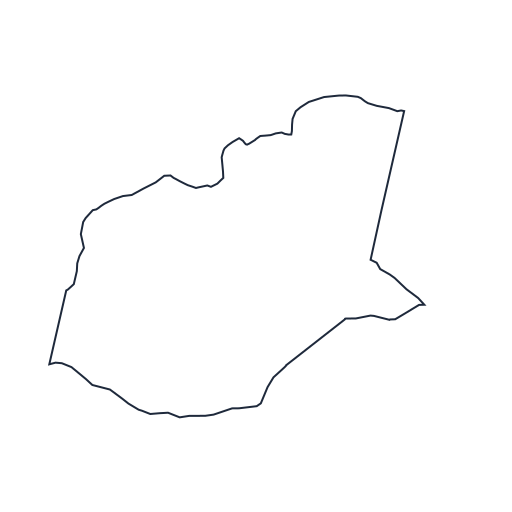 outline of Perou, Anse-la-Raye, Saint Lucia, rotated 197°
{"feature_id": "8701671B34343071784823", "entity_name": "Perou", "entity_type": "district", "adm_level": 2, "iso_a3": "LCA", "parent_name": "Saint Lucia", "parent_adm1": "Anse-la-Raye", "projection": "albers", "projection_center": [-61.007, 13.959], "detail": "fine", "context": "isolated", "style": "outline", "palette": "slate", "viewbox_px": 512, "rotation_deg": 197, "n_neighbors": 0, "source": "geoboundaries", "source_scale": "gbopen_adm2", "svg_char_len": 1884}
<svg xmlns="http://www.w3.org/2000/svg" viewBox="0 0 512 512"><g transform="rotate(197 256 256)"><path d="M431.2,238.0L429.9,225.7L422.9,213.4L424.8,204.3L424.8,196.7L422.9,189.1L422.0,175.8L426.1,168.9L427.4,167.6L422.0,92.0L416.5,95.4L410.3,96.7L400.0,95.8L382.7,88.6L374.8,84.8L356.7,85.6L342.3,80.5L334.9,77.6L323.3,74.7L319.9,74.7L310.9,74.0L301.9,77.6L294.3,80.4L281.8,79.4L273.1,83.6L257.9,88.3L250.2,91.9L234.3,103.3L227.7,105.4L211.4,112.6L208.3,116.5L206.6,134.0L203.8,145.1L196.2,157.9L194.9,160.5L195.6,159.8L152.5,221.4L152.5,222.0L151.9,222.4L142.2,225.5L129.1,232.5L125.7,233.2L109.6,234.0L109.3,234.5L104.4,236.2L97.5,243.8L85.8,256.9L80.8,258.6L88.6,263.2L102.4,268.2L117.0,275.5L122.6,277.4L133.4,279.8L138.6,284.8L145.3,285.9L149.4,336.5L156.7,437.9L159.8,437.6L163.2,435.8L166.5,436.0L172.1,436.3L179.2,435.5L184.4,434.9L193.7,434.9L197.1,435.8L200.0,436.9L201.8,437.6L202.5,437.7L205.2,438.0L217.0,435.8L223.8,433.6L237.4,427.9L247.3,421.0L250.5,418.8L256.9,411.3L260.3,406.1L260.7,401.9L261.1,397.8L259.9,392.1L258.2,386.0L257.8,382.5L260.7,381.6L261.9,381.5L264.1,381.2L266.6,381.5L267.5,381.6L268.4,381.2L273.0,379.0L275.6,377.1L277.3,375.9L282.4,373.8L284.5,373.0L287.0,372.0L289.2,369.2L290.5,367.4L290.7,366.8L292.0,365.3L295.5,361.3L296.7,360.3L297.1,359.9L298.5,359.9L300.4,361.1L301.1,361.6L302.0,362.3L304.1,363.0L306.6,363.7L311.7,358.2L315.2,353.7L317.5,349.7L317.9,347.3L317.8,342.7L317.7,340.4L312.2,327.0L310.1,321.1L311.9,318.0L314.1,313.9L319.3,309.0L323.2,309.2L327.5,306.8L331.1,304.8L333.3,303.5L337.3,303.7L342.0,303.8L345.8,304.4L351.0,305.3L355.3,306.2L357.6,306.6L359.7,307.4L361.3,308.0L367.2,305.9L370.0,301.9L373.4,297.1L383.4,287.5L392.7,278.0L400.8,274.4L408.3,269.0L412.7,265.0L416.2,261.7L417.3,260.4L418.7,258.7L420.6,256.0L422.3,253.9L425.5,252.1L430.0,242.5L431.2,238.0Z" fill="none" stroke="#1e293b" stroke-width="2"/></g></svg>